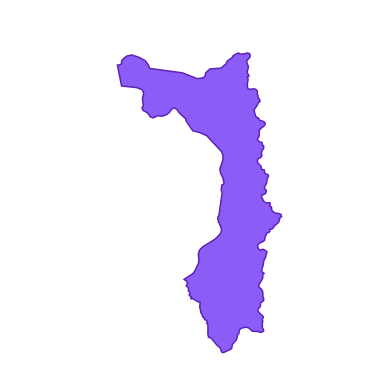 outline of West Azarbaijan, rotated 194°
{"feature_id": "IRN-3237", "entity_name": "West Azarbaijan", "entity_type": "Province", "adm_level": 1, "iso_a3": "IRN", "parent_name": "Iran", "parent_adm1": "", "projection": "orthographic", "projection_center": [44.982, 37.874], "detail": "fine", "context": "isolated", "style": "filled", "palette": "violet", "viewbox_px": 384, "rotation_deg": 194, "n_neighbors": 0, "source": "natural_earth", "source_scale": "10m", "svg_char_len": 5554}
<svg xmlns="http://www.w3.org/2000/svg" viewBox="0 0 384 384"><g transform="rotate(194 192 192)"><path d="M123.8,43.6L124.7,44.2L126.4,46.7L127.2,47.7L130.8,49.4L131.9,50.3L136.8,53.9L137.0,54.1L137.8,54.6L138.1,54.8L139.4,55.0L140.8,55.1L140.6,55.4L140.3,55.7L141.6,56.6L142.3,58.3L144.1,65.8L144.9,67.4L146.1,68.5L145.6,69.4L145.9,70.0L147.4,71.1L147.7,71.2L148.4,71.2L148.8,71.3L149.1,71.6L149.2,71.9L149.4,72.2L151.5,73.7L151.9,74.1L152.1,74.7L152.6,75.5L153.2,76.2L153.8,76.5L154.3,77.3L155.4,79.8L155.7,80.6L156.3,81.3L156.7,82.2L157.3,86.1L157.7,87.3L159.3,86.8L165.6,88.8L165.8,88.7L166.2,88.4L166.7,88.2L167.3,88.3L167.5,88.7L167.3,89.5L167.3,90.1L167.9,90.4L168.8,90.6L169.6,91.1L169.9,91.9L169.4,93.1L169.8,93.9L170.3,94.3L170.9,94.6L171.5,95.2L171.7,95.8L172.2,97.5L172.5,98.2L173.1,98.6L174.6,99.3L174.9,99.8L174.7,100.6L174.5,101.2L174.3,101.9L174.4,102.7L175.1,103.6L176.4,104.4L177.8,105.1L178.5,105.3L178.2,105.7L171.5,112.9L170.1,116.2L168.4,124.5L169.3,128.9L170.8,133.1L170.8,137.0L168.6,141.1L158.1,152.0L154.6,157.9L154.0,161.3L154.8,163.9L158.7,169.2L159.1,169.2L159.1,170.3L159.5,170.9L160.0,171.3L160.4,171.9L160.7,173.3L160.8,174.2L160.6,174.5L160.4,175.0L160.4,177.6L162.6,198.6L163.8,200.3L164.1,201.0L164.2,201.3L164.7,206.0L164.4,206.4L163.9,206.7L163.3,207.2L163.0,208.1L163.5,209.3L164.4,210.9L164.8,212.3L168.9,217.3L170.5,220.9L169.8,230.6L170.7,234.8L173.1,238.3L191.3,250.2L199.4,251.6L206.1,251.6L214.8,259.4L215.9,261.5L223.7,265.8L226.5,268.3L229.4,269.4L231.2,268.1L232.2,266.5L232.4,265.8L233.3,263.6L235.3,261.0L239.0,258.5L242.1,257.8L243.6,257.9L245.3,256.3L247.9,254.5L250.8,254.9L252.8,256.9L255.3,258.4L258.5,259.0L260.5,260.7L260.8,262.3L260.0,263.5L262.7,270.7L262.7,275.9L265.0,279.2L271.1,279.9L286.0,277.8L295.1,297.1L293.6,297.6L291.8,298.8L291.5,300.3L292.0,301.6L291.7,302.9L290.7,305.0L288.1,308.2L283.4,310.4L276.2,309.9L269.7,308.3L267.2,306.6L266.1,305.5L264.8,304.4L263.9,303.3L263.5,302.3L262.7,301.7L230.2,305.3L214.3,303.2L208.9,305.5L207.5,307.3L207.4,311.1L204.4,315.7L194.2,319.1L192.3,321.2L191.6,322.5L190.2,323.9L189.4,327.7L185.9,331.7L184.9,334.3L182.4,336.8L180.3,338.1L180.2,338.1L178.8,337.6L177.2,337.7L175.1,338.7L174.0,339.1L173.9,339.1L172.7,339.9L171.3,340.4L169.9,340.2L168.8,339.1L168.4,337.8L168.7,336.2L169.5,334.6L170.3,333.3L170.5,331.8L169.7,330.2L167.7,327.6L167.4,326.0L167.6,322.4L167.3,320.9L166.3,320.0L165.2,319.1L164.8,318.1L166.3,317.1L165.1,315.6L164.7,314.3L164.5,310.9L164.2,309.1L163.5,307.1L162.4,305.7L160.8,305.6L157.3,307.0L155.5,307.2L153.8,306.4L153.0,305.5L152.8,304.8L152.7,304.1L152.4,303.0L151.9,302.3L151.4,301.8L151.0,301.1L150.9,300.0L150.1,299.1L149.1,298.3L148.9,298.1L148.0,296.9L148.1,295.7L148.4,295.5L149.1,295.2L149.3,295.0L149.4,293.4L150.1,290.7L151.3,287.9L151.4,286.4L150.7,284.7L149.2,281.9L148.3,280.7L147.2,280.1L146.4,280.1L145.7,279.8L145.0,279.4L144.4,278.7L143.6,278.0L142.7,277.8L140.8,277.9L139.2,277.6L137.9,276.7L137.4,275.4L138.1,273.4L140.3,270.7L141.2,269.3L141.5,267.4L141.2,265.7L140.7,264.4L140.3,263.0L140.7,260.9L141.3,260.0L141.5,259.2L141.0,258.5L139.7,257.8L139.0,257.0L138.5,256.7L137.9,256.8L136.7,257.2L136.1,257.0L135.8,256.6L135.5,255.4L135.3,254.9L134.8,254.6L134.4,254.5L133.9,254.3L133.5,253.7L133.1,252.3L133.0,251.6L133.9,249.3L134.3,247.8L133.9,246.5L133.3,245.2L133.1,243.6L133.6,242.2L134.3,241.5L135.2,241.0L135.9,240.1L136.1,237.5L134.7,235.9L131.2,233.6L130.6,232.5L130.3,231.4L129.7,230.7L127.4,231.0L126.9,230.4L126.0,228.1L125.0,227.4L122.7,227.2L121.9,226.7L121.5,225.4L122.4,223.1L122.1,221.8L122.1,221.7L121.8,220.1L121.9,218.2L122.3,216.3L122.9,214.7L122.7,213.4L121.3,212.3L120.0,210.9L120.3,208.5L120.8,207.8L123.0,206.1L123.6,205.1L123.5,204.3L121.2,201.5L119.7,200.2L118.0,199.4L116.3,199.6L115.5,200.0L114.5,200.4L113.6,200.3L113.2,199.4L113.2,198.9L113.5,197.7L113.4,197.3L113.0,196.9L112.6,197.0L112.1,197.1L111.7,197.0L111.0,196.1L110.6,195.1L110.4,194.2L110.0,193.5L109.4,193.0L107.2,191.9L106.4,191.7L102.4,192.1L100.3,191.8L99.2,190.1L99.4,189.5L99.5,189.2L100.1,188.4L100.7,187.5L100.6,186.6L100.3,185.5L100.5,184.5L100.8,183.5L101.4,182.5L102.0,181.4L103.5,179.7L104.0,178.5L104.5,176.9L105.1,175.9L105.9,175.2L107.1,174.7L107.5,174.2L107.0,172.7L107.1,172.0L107.6,171.6L108.7,171.1L109.1,170.5L109.5,169.4L109.9,167.8L110.1,166.3L109.9,162.6L111.7,160.6L113.9,158.9L115.3,156.9L115.3,155.6L114.8,154.4L114.0,153.4L113.2,152.6L112.2,152.2L111.4,152.4L109.4,153.6L106.4,153.0L105.5,152.5L104.9,152.1L104.7,151.5L104.9,150.2L105.0,149.5L104.8,147.5L104.8,146.5L105.6,143.4L105.7,142.1L105.2,138.1L105.5,135.0L105.5,133.4L105.1,132.1L104.6,131.6L104.2,131.2L103.1,130.9L102.3,130.5L102.5,130.0L103.0,129.5L103.3,128.9L103.0,127.5L102.7,126.5L102.6,125.6L102.9,124.0L104.6,118.3L104.3,116.0L101.1,114.5L100.1,113.5L99.3,112.3L98.7,110.6L98.4,110.0L98.2,109.4L98.3,108.7L98.2,108.0L97.8,107.5L97.2,107.1L96.9,106.5L96.6,105.3L96.4,104.8L96.1,104.2L97.0,102.8L98.0,102.0L98.6,101.0L98.0,97.9L98.4,96.7L99.6,94.3L99.1,92.4L96.8,90.7L94.1,89.3L92.5,88.1L92.5,87.4L92.9,86.0L92.9,85.3L92.1,83.7L91.9,83.0L91.9,82.3L92.1,81.8L92.1,81.3L91.4,79.7L91.1,78.0L90.8,77.3L89.2,75.4L88.9,74.4L89.6,73.5L90.8,72.7L91.7,72.4L92.6,72.4L94.0,72.6L95.4,72.4L98.7,71.6L100.1,71.7L104.3,73.9L105.8,74.0L107.1,73.7L110.3,72.3L111.5,71.4L112.5,69.9L112.5,68.5L112.3,67.0L112.6,65.2L113.2,64.3L113.3,63.4L113.1,62.4L113.0,61.3L113.1,60.0L113.4,58.9L115.4,54.9L115.8,53.9L115.8,53.6L115.9,52.7L115.6,50.1L115.9,49.3L122.3,44.0L123.8,43.6Z" fill="#8b5cf6" stroke="#5b21b6" stroke-width="1.5"/></g></svg>